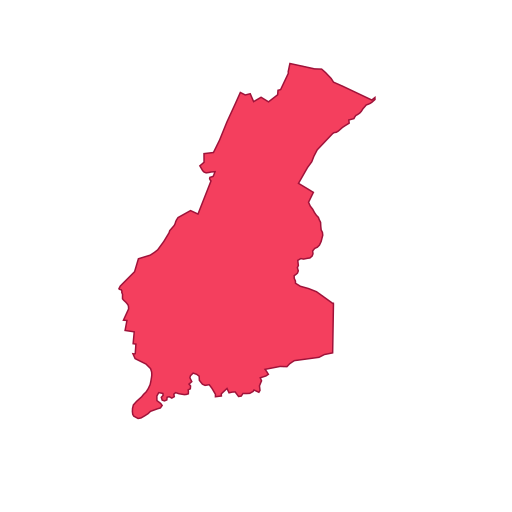 Perak Tengah, Perak, Malaysia (orthographic projection), rotated 25°
{"feature_id": "92858781B97435964158184", "entity_name": "Perak Tengah", "entity_type": "district", "adm_level": 2, "iso_a3": "MYS", "parent_name": "Malaysia", "parent_adm1": "Perak", "projection": "orthographic", "projection_center": [100.916, 4.265], "detail": "fine", "context": "isolated", "style": "filled", "palette": "rose", "viewbox_px": 512, "rotation_deg": 25, "n_neighbors": 0, "source": "geoboundaries", "source_scale": "gbopen_adm2", "svg_char_len": 3139}
<svg xmlns="http://www.w3.org/2000/svg" viewBox="0 0 512 512"><g transform="rotate(25 256 256)"><path d="M205.4,67.2L207.3,75.4L208.1,76.7L208.0,94.8L205.9,96.5L207.5,100.7L202.2,111.0L193.5,110.0L188.6,117.1L182.2,111.4L178.2,114.6L172.7,114.4L172.9,126.9L173.0,146.7L174.0,166.3L173.7,180.2L165.6,185.2L169.3,193.0L167.0,198.0L171.6,201.2L173.5,201.9L175.7,201.7L178.2,200.1L179.7,198.9L183.2,196.9L183.5,200.1L183.5,202.0L182.5,202.9L181.0,204.2L181.3,205.6L182.4,206.5L183.5,207.0L185.7,242.5L177.5,242.5L169.1,254.1L168.7,257.0L168.7,258.8L169.0,260.6L169.0,262.8L167.1,269.5L167.4,271.7L166.3,281.8L164.3,292.0L162.4,295.7L159.8,299.9L150.6,308.2L152.6,321.6L145.7,340.6L145.6,343.6L146.2,343.9L148.2,343.6L149.2,344.4L149.8,345.8L151.3,347.2L152.3,349.5L153.1,351.2L154.8,352.0L157.6,352.9L159.3,353.7L160.8,354.5L161.8,355.7L162.9,357.8L163.0,370.2L166.3,369.0L168.8,378.8L177.7,376.2L181.7,387.4L184.4,386.6L187.8,395.5L186.9,396.3L185.8,396.6L189.8,400.1L201.9,400.4L208.0,402.6L210.5,405.3L211.9,408.0L212.6,410.2L213.6,413.8L214.4,417.3L214.4,421.6L213.9,425.5L212.6,428.9L211.9,431.9L209.2,438.2L207.8,442.8L208.5,446.3L209.7,449.2L211.2,451.6L212.9,452.8L217.8,453.1L220.2,451.4L222.6,448.0L224.8,444.5L226.0,441.4L231.4,436.0L233.6,434.1L233.9,432.2L234.1,431.1L231.9,429.9L227.3,428.9L225.3,424.8L225.6,420.9L229.7,419.9L230.7,421.6L229.9,424.1L231.9,426.3L234.3,426.0L236.0,424.1L235.1,421.6L236.8,420.2L239.7,420.4L241.4,418.0L239.9,416.0L240.9,413.8L244.3,413.4L247.2,412.6L249.7,411.9L251.4,410.9L252.9,409.5L252.1,407.5L251.1,406.0L252.6,404.1L251.6,401.4L249.4,400.4L250.9,397.0L247.5,394.3L247.2,392.2L248.5,388.7L252.4,388.3L255.3,389.0L257.2,392.6L259.7,393.9L261.6,394.8L264.5,394.8L268.0,392.4L272.1,394.6L277.7,398.5L278.7,400.7L283.8,397.5L282.8,395.6L285.7,388.3L289.4,391.4L291.8,389.5L294.5,388.0L299.6,390.7L301.8,389.2L302.3,386.1L306.0,384.4L308.4,383.1L310.6,380.0L310.8,378.3L316.2,378.3L316.4,376.1L314.0,372.2L313.8,368.3L313.8,366.8L311.3,364.6L315.7,360.5L317.2,358.0L314.3,356.1L312.1,354.9L324.5,345.9L328.1,344.4L330.8,343.2L332.0,339.5L333.7,336.6L335.0,334.6L337.2,333.2L355.9,321.2L359.6,316.4L366.4,311.4L346.5,266.8L346.2,266.3L346.0,266.6L325.9,262.8L317.4,263.3L308.9,264.7L303.3,264.0L302.3,262.0L300.1,260.1L298.9,257.7L299.9,256.0L300.8,254.0L300.6,251.6L298.4,249.1L298.4,246.7L297.2,244.8L295.7,242.3L297.7,239.4L300.4,238.7L303.8,236.2L305.7,235.0L306.9,232.3L306.7,229.9L305.2,227.5L306.0,224.3L307.9,222.1L308.9,219.4L308.9,215.3L307.7,208.9L306.2,206.5L304.0,204.8L302.1,201.6L300.3,198.2L297.9,196.3L296.2,194.6L293.5,193.6L290.6,191.9L287.7,189.7L284.0,187.8L280.9,185.1L281.1,174.1L263.8,172.2L265.3,154.0L266.7,147.0L266.3,141.1L266.6,133.9L273.7,112.7L274.5,111.3L276.5,109.9L277.8,108.0L278.9,105.5L280.0,103.0L281.5,100.5L284.3,96.2L282.6,93.5L286.7,90.1L286.7,88.7L287.1,86.4L288.2,85.0L289.6,82.6L290.3,80.4L290.7,77.3L291.5,74.7L292.1,72.5L293.7,70.9L294.9,69.5L296.0,67.8L297.7,63.9L296.8,62.1L296.2,63.3L295.0,65.7L264.0,65.5L252.8,65.7L249.0,63.3L244.6,61.6L241.6,60.4L236.5,58.9L229.9,61.7L205.4,67.2Z" fill="#f43f5e" stroke="#9f1239" stroke-width="1.5"/></g></svg>